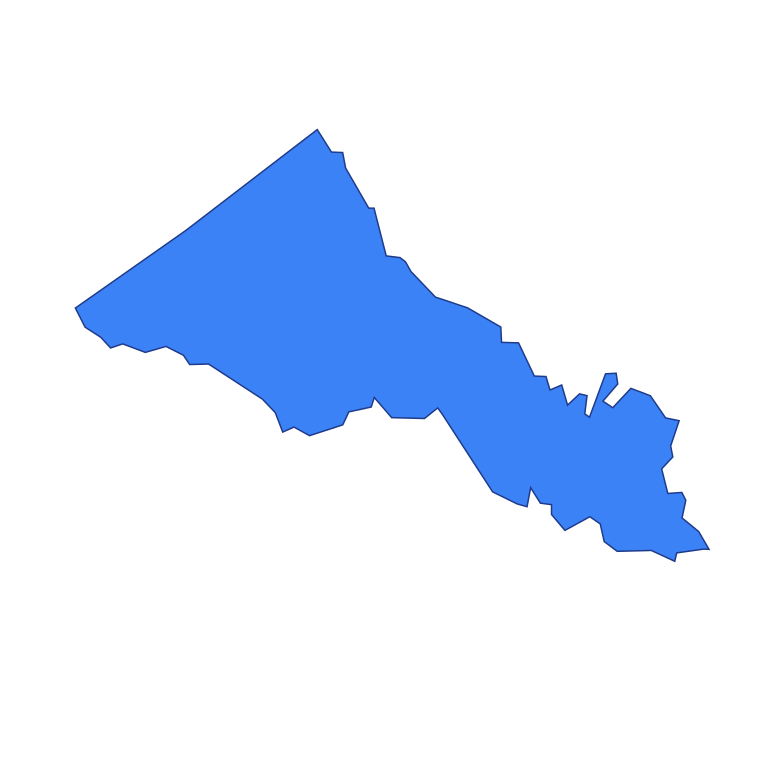 the district of Bryan, Georgia, United States of America, rotated 341°
{"feature_id": "52423323B43145970536326", "entity_name": "Bryan", "entity_type": "district", "adm_level": 2, "iso_a3": "USA", "parent_name": "United States of America", "parent_adm1": "Georgia", "projection": "natural_earth1", "projection_center": [-81.366, 31.984], "detail": "fine", "context": "isolated", "style": "filled", "palette": "blue", "viewbox_px": 768, "rotation_deg": 341, "n_neighbors": 0, "source": "geoboundaries", "source_scale": "gbopen_adm2", "svg_char_len": 1167}
<svg xmlns="http://www.w3.org/2000/svg" viewBox="0 0 768 768"><g transform="rotate(341 384 384)"><path d="M601.2,646.3L605.8,639.0L632.6,644.2L637.5,646.2L633.5,626.0L622.2,607.7L631.5,592.2L630.3,583.5L616.7,579.9L618.9,554.6L633.3,547.0L634.9,535.9L651.1,514.8L639.2,507.7L632.0,481.8L616.0,468.5L592.6,480.9L585.4,471.5L605.0,460.1L607.0,449.4L596.8,446.5L567.5,482.3L564.1,477.6L572.2,461.1L565.7,457.0L550.7,463.7L551.7,442.8L539.0,443.7L539.6,429.7L528.7,425.4L524.6,388.9L508.7,382.9L513.0,368.2L487.8,339.2L460.9,318.6L446.1,286.4L444.1,275.5L440.3,269.7L427.8,263.6L431.8,214.5L426.8,212.7L418.0,167.2L420.3,151.7L409.8,147.6L403.7,121.7L246.6,174.3L116.9,211.7L119.9,233.0L131.4,247.6L137.2,260.9L150.0,261.0L168.6,276.4L190.1,277.5L203.7,291.5L206.6,302.3L224.6,308.0L264.1,358.7L271.9,375.7L272.6,396.5L284.8,395.4L296.8,408.6L331.7,409.2L341.7,398.9L364.4,401.6L370.4,393.6L380.3,418.3L411.0,429.8L427.0,424.1L429.3,431.7L451.6,521.4L470.8,540.7L479.3,546.6L488.9,529.8L493.1,547.6L503.1,552.6L499.9,561.9L507.4,581.3L535.4,576.5L542.9,586.7L540.9,604.7L550.0,618.1L582.5,628.4L601.2,646.3Z" fill="#3b82f6" stroke="#1e3a8a" stroke-width="1.5"/></g></svg>